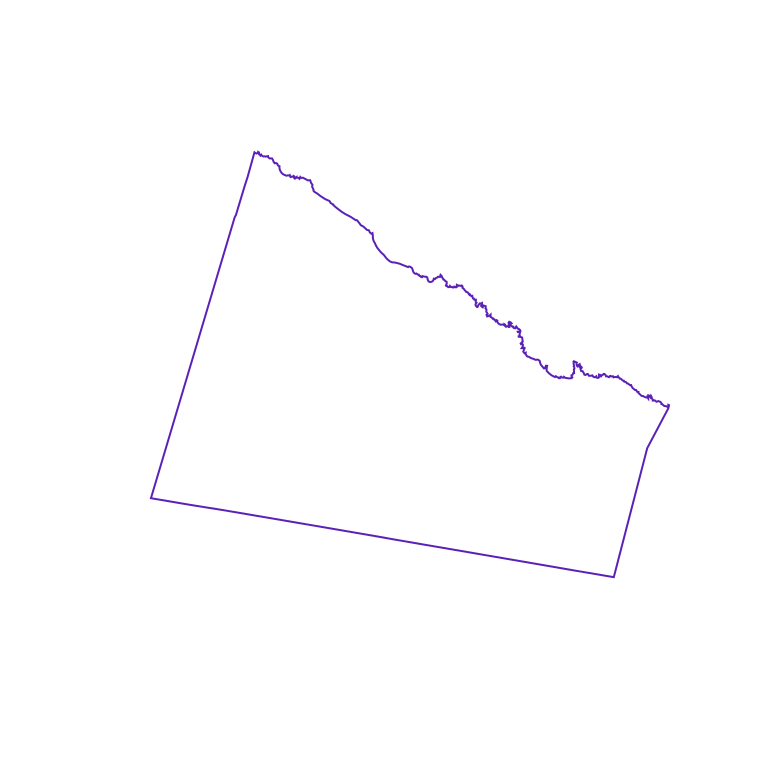 the district of Salega, Satupa'itea, Samoa, rotated 159°
{"feature_id": "51752279B51702151911429", "entity_name": "Salega", "entity_type": "district", "adm_level": 2, "iso_a3": "WSM", "parent_name": "Samoa", "parent_adm1": "Satupa'itea", "projection": "equal_earth", "projection_center": [-172.669, -13.632], "detail": "fine", "context": "isolated", "style": "outline", "palette": "violet", "viewbox_px": 768, "rotation_deg": 159, "n_neighbors": 0, "source": "geoboundaries", "source_scale": "gbopen_adm2", "svg_char_len": 5326}
<svg xmlns="http://www.w3.org/2000/svg" viewBox="0 0 768 768"><g transform="rotate(159 384 384)"><path d="M238.7,121.3L161.3,229.7L127.2,259.5L125.5,262.1L126.0,262.6L126.7,260.6L127.2,260.5L128.4,262.1L130.2,263.0L131.6,265.6L132.2,265.8L131.9,267.1L132.4,268.2L133.9,269.7L136.0,269.8L137.1,271.7L139.0,272.2L138.6,273.1L139.1,274.3L138.8,276.0L139.0,277.3L140.0,276.1L140.5,278.0L141.3,278.7L142.5,275.7L143.0,277.6L143.4,277.2L144.6,277.8L146.5,279.9L147.8,280.6L149.7,284.6L149.3,285.4L150.5,286.1L150.8,288.0L151.8,288.5L153.3,291.1L153.7,293.3L153.7,294.5L154.7,294.7L156.1,297.0L157.0,297.6L157.3,298.9L159.0,300.3L158.9,301.1L159.8,301.6L161.1,304.1L162.0,304.6L162.1,305.7L163.1,306.4L162.9,307.5L164.4,307.0L165.8,307.8L167.4,308.0L167.4,309.1L169.1,309.6L169.5,310.3L170.2,310.5L171.4,309.7L173.2,311.4L174.0,311.6L174.0,313.0L174.6,314.4L175.4,314.7L176.2,314.2L177.6,314.1L178.7,313.3L179.1,313.7L178.9,314.9L179.9,315.7L180.7,313.5L181.3,313.0L182.4,313.1L183.2,313.9L183.0,315.1L184.7,314.7L185.9,315.5L186.4,317.4L187.4,317.4L189.7,318.2L190.1,320.3L190.7,320.6L192.6,320.2L193.6,320.9L193.6,322.7L194.0,324.8L195.3,325.4L195.2,327.5L193.5,328.4L193.6,329.1L195.0,329.0L195.1,330.0L194.3,330.2L194.2,332.4L196.1,331.9L196.9,331.0L197.4,331.9L196.8,334.8L196.4,335.0L198.6,337.2L199.2,336.9L199.1,335.9L199.6,335.4L200.0,333.1L200.5,332.7L200.3,331.8L200.7,330.1L201.4,329.8L202.6,326.1L203.3,326.4L204.7,325.0L205.8,325.0L206.2,323.9L205.8,322.7L206.7,322.2L209.2,322.9L212.6,324.8L213.5,326.3L214.3,325.7L216.0,326.6L216.2,327.4L217.0,327.3L217.7,326.4L218.6,326.7L219.2,327.9L219.9,328.3L220.8,329.7L221.9,329.2L224.4,332.0L226.1,334.8L227.4,337.9L226.9,339.7L225.2,342.5L226.3,343.0L227.3,342.0L227.6,340.9L229.1,341.2L230.6,345.5L230.7,348.0L230.3,349.4L231.1,351.1L232.2,351.9L233.5,352.1L234.7,353.0L235.2,353.7L237.6,355.6L238.9,357.4L239.8,357.9L240.7,358.9L241.0,361.3L240.5,362.4L241.8,362.3L242.4,364.3L239.8,367.2L240.2,367.7L241.4,367.6L242.6,368.1L241.2,369.1L240.2,370.9L240.5,371.9L241.8,372.0L241.9,372.8L240.0,373.7L239.3,373.8L238.4,377.9L239.9,379.2L241.3,379.8L241.2,380.3L239.9,380.2L239.8,381.5L238.5,383.4L239.2,384.2L240.4,384.5L240.4,384.9L238.4,384.4L237.6,384.6L237.6,385.5L238.2,386.8L239.2,387.7L239.9,390.3L241.4,389.0L242.5,389.5L243.1,390.5L242.7,391.2L243.9,392.0L244.7,394.1L244.6,395.4L243.3,395.1L243.7,396.2L244.8,397.2L245.8,396.5L245.8,395.6L246.6,394.2L245.8,394.0L246.4,392.3L247.2,392.5L247.4,393.4L248.8,394.0L249.6,393.7L250.4,395.3L249.7,396.0L250.2,396.7L250.6,395.8L251.9,397.0L254.0,397.6L255.5,399.4L256.0,401.4L255.5,402.6L256.1,403.3L257.2,402.6L257.7,404.6L258.4,405.0L258.4,405.9L259.1,406.0L259.6,407.4L260.5,408.4L259.7,410.5L261.0,409.9L263.5,410.1L263.5,411.8L262.2,412.2L262.1,412.7L262.6,414.9L261.6,416.9L262.2,418.2L261.5,419.1L261.2,420.2L263.4,422.0L263.6,420.9L264.3,420.2L265.3,421.6L265.2,422.5L264.2,422.9L263.5,424.5L264.5,424.4L265.7,424.9L267.8,423.7L269.0,422.4L269.6,422.5L270.3,424.4L270.0,425.6L268.5,426.7L269.0,427.7L268.0,429.8L269.4,430.3L269.5,431.6L270.2,431.9L270.3,433.3L270.0,434.6L270.7,434.6L271.6,435.6L271.4,436.4L271.9,437.3L272.4,437.0L273.0,439.5L274.4,440.7L274.4,441.4L275.1,442.7L275.3,443.9L276.3,445.8L275.7,446.9L276.1,448.1L277.0,448.0L278.8,449.2L279.5,449.0L280.5,450.4L281.5,448.4L282.2,448.4L283.5,449.7L283.9,449.2L285.0,449.3L285.4,450.0L286.6,450.4L287.3,451.9L288.0,451.1L289.4,451.4L289.9,452.8L290.7,453.1L290.9,453.8L289.4,455.3L288.9,457.1L289.7,457.8L290.5,459.8L291.2,460.3L291.1,461.3L291.6,462.8L291.4,463.9L292.1,465.6L293.4,463.9L295.2,464.8L296.2,464.3L297.6,464.3L298.7,463.7L299.7,464.5L300.9,463.0L302.2,462.4L304.5,462.6L305.7,464.0L305.8,465.9L305.4,467.8L306.0,468.9L308.1,469.9L309.3,470.9L310.3,470.1L311.1,470.7L311.3,471.7L312.0,472.0L312.4,473.6L312.9,473.6L314.1,475.5L315.0,475.5L316.1,476.7L316.4,478.0L316.3,482.1L317.3,483.8L318.5,484.8L319.7,484.5L321.3,486.1L322.6,487.2L326.2,490.6L329.1,492.7L331.2,494.0L332.7,494.6L334.5,496.3L336.1,499.1L336.8,500.8L338.0,504.8L339.4,507.5L340.2,509.5L341.5,513.7L341.9,516.2L342.0,518.6L342.4,521.3L342.2,523.8L341.1,527.1L340.7,529.0L341.9,528.8L342.9,530.5L343.0,532.9L344.7,534.0L345.8,536.3L346.8,538.3L348.7,540.5L349.4,543.2L350.6,546.7L351.8,547.2L355.2,552.0L359.3,556.6L361.7,559.8L364.3,564.0L365.5,566.0L367.2,569.2L367.0,569.7L369.0,572.1L369.2,574.1L370.1,575.2L372.6,577.6L376.0,582.3L378.2,585.9L380.0,588.2L380.6,589.7L380.2,590.4L380.4,594.0L379.4,595.6L380.0,597.8L379.9,600.7L382.1,601.4L385.7,605.6L387.5,606.1L388.0,607.3L389.4,605.9L390.0,607.1L391.4,607.8L391.3,608.5L393.5,607.6L393.9,608.0L393.2,609.3L393.7,610.5L394.6,609.9L395.1,610.6L396.0,610.6L397.1,610.7L397.1,612.9L397.9,612.7L399.3,613.3L400.4,613.4L401.3,614.2L402.9,615.8L403.8,617.3L404.3,619.3L404.5,621.4L404.0,623.9L403.5,624.7L404.7,626.1L404.7,628.0L405.6,629.0L406.8,629.1L407.4,630.5L407.4,633.0L407.7,634.7L410.1,635.7L410.9,637.4L410.6,638.3L413.1,638.7L413.5,639.2L415.2,639.7L416.2,641.0L416.5,642.2L417.5,641.5L418.3,643.3L417.7,645.0L418.3,645.7L418.6,645.0L420.3,644.8L421.4,645.8L421.9,646.7L437.2,626.1L443.5,618.3L461.7,594.8L463.7,593.1L642.5,360.9L617.7,346.2L603.4,337.8L581.4,325.1L510.9,283.3L442.3,242.5L428.2,234.0L403.5,219.3L355.9,191.0L271.3,140.6L238.7,121.3Z" fill="none" stroke="#5b21b6" stroke-width="2"/></g></svg>